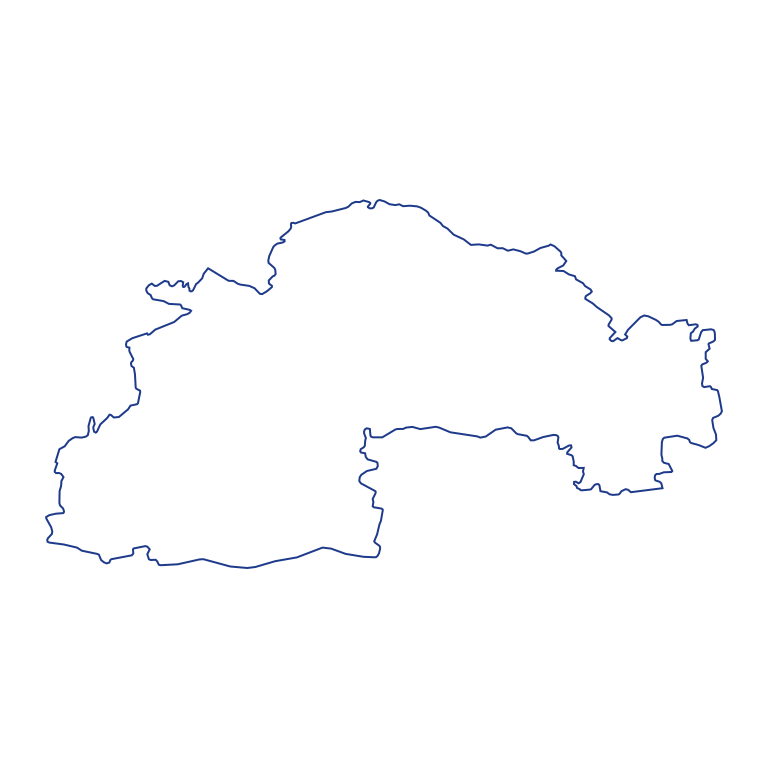 map outline of Dnipropetrovs'k (Robinson projection)
{"feature_id": "UKR-326", "entity_name": "Dnipropetrovs'k", "entity_type": "Region", "adm_level": 1, "iso_a3": "UKR", "parent_name": "Ukraine", "parent_adm1": "", "projection": "robinson", "projection_center": [35.02, 48.328], "detail": "fine", "context": "isolated", "style": "outline", "palette": "blue", "viewbox_px": 768, "rotation_deg": 0, "n_neighbors": 0, "source": "natural_earth", "source_scale": "10m", "svg_char_len": 6074}
<svg xmlns="http://www.w3.org/2000/svg" viewBox="0 0 768 768"><path d="M389.5,204.2L395.3,205.1L399.2,204.3L403.1,206.2L409.8,205.7L417.3,206.4L421.1,207.8L426.0,210.7L428.2,212.7L429.4,215.5L440.5,222.9L442.9,226.0L447.5,228.6L453.7,234.7L463.8,239.4L470.9,244.9L478.8,244.4L487.5,245.6L490.8,244.7L497.6,248.3L502.7,248.2L507.9,250.7L513.3,249.4L520.4,251.2L525.6,253.5L527.5,253.6L534.1,251.5L540.4,248.0L548.6,245.7L550.6,244.5L554.4,246.2L560.5,251.6L561.3,253.0L561.3,255.4L566.3,261.0L563.2,265.5L558.2,268.0L556.3,269.5L556.1,270.7L563.5,271.0L568.9,274.4L574.9,276.2L576.1,279.4L583.0,283.2L585.0,286.0L590.6,289.5L591.8,291.6L590.1,293.4L586.1,295.9L585.3,297.4L585.4,298.9L592.7,303.4L596.8,307.0L609.0,315.4L611.6,318.2L611.6,319.6L608.6,324.6L608.5,326.0L615.4,332.0L609.7,338.2L609.7,339.4L611.5,341.0L613.1,341.2L617.5,338.1L621.3,340.3L622.6,340.3L626.9,338.1L627.3,336.5L625.1,334.5L628.1,329.7L640.4,317.3L644.2,315.5L648.3,316.3L655.9,319.9L658.6,321.7L661.2,324.6L662.4,325.0L670.5,324.8L672.2,324.3L676.7,321.0L686.6,320.0L687.5,323.6L688.8,325.2L695.7,324.3L697.2,324.8L697.7,325.3L697.6,326.6L694.8,328.6L693.0,331.6L690.8,333.3L690.4,338.6L691.2,340.8L697.3,340.3L698.7,339.6L701.1,332.2L702.7,330.2L711.0,329.3L713.6,330.0L714.6,331.9L714.9,334.2L715.0,339.8L713.5,341.4L708.8,343.5L708.5,344.2L709.6,348.7L705.7,352.2L705.7,358.8L707.8,361.3L706.3,362.8L702.3,364.4L701.3,365.8L703.1,377.8L702.0,383.5L702.4,386.0L704.1,387.1L709.9,386.2L711.0,387.1L711.8,389.0L717.2,390.1L718.0,391.3L719.5,397.9L721.9,411.3L720.6,413.7L718.2,415.8L713.1,417.9L712.2,420.0L713.4,427.8L716.0,434.6L716.3,440.2L713.5,443.1L709.3,446.1L705.5,447.8L698.5,445.0L691.1,443.0L689.9,442.0L689.2,439.9L687.3,438.4L677.3,435.7L664.3,437.7L662.8,439.0L661.9,442.2L661.4,454.7L662.3,458.6L662.3,461.0L664.0,462.8L668.7,464.0L672.3,471.0L671.4,472.0L663.8,472.3L659.3,473.9L656.5,474.0L655.2,475.1L654.7,477.2L655.0,479.8L655.7,480.5L659.7,481.8L661.3,483.3L662.5,488.2L630.9,492.2L628.1,489.8L625.6,489.2L621.4,491.2L619.5,493.9L618.3,494.5L612.8,494.9L609.6,494.3L607.0,492.4L600.5,491.2L599.4,485.3L598.5,484.2L596.8,484.1L594.7,484.8L591.1,489.2L589.8,489.6L582.0,490.3L580.5,490.1L579.6,489.1L577.1,488.0L576.5,486.1L574.0,484.1L574.1,481.9L575.8,481.7L578.6,483.3L580.5,482.0L583.8,474.2L583.0,471.4L583.7,467.9L578.5,468.0L576.0,466.0L573.7,465.2L573.7,461.4L572.6,456.2L571.4,455.2L567.1,453.8L567.3,452.3L571.5,447.5L571.1,445.4L569.0,445.5L562.7,448.9L559.9,449.0L559.1,448.5L558.7,445.4L557.6,442.7L558.4,437.4L557.8,436.0L556.4,435.2L553.5,434.9L543.3,437.0L534.1,440.3L530.7,440.3L528.1,436.8L526.8,435.8L517.6,434.1L516.1,433.2L511.3,428.3L507.6,427.4L495.6,429.7L485.8,436.5L480.3,437.6L477.3,436.4L450.4,432.3L439.2,427.6L435.7,426.8L420.3,429.1L412.4,426.9L406.0,427.6L403.3,428.9L397.1,429.0L395.2,429.6L382.4,437.3L372.7,437.3L371.0,436.6L370.4,435.3L369.9,429.0L366.7,428.3L364.9,429.4L364.1,431.3L364.1,433.4L365.9,438.1L365.2,440.6L364.8,445.8L363.9,447.2L360.7,449.2L360.2,451.4L361.0,452.5L365.1,453.3L365.8,457.0L367.7,459.4L376.5,461.9L377.5,463.0L377.8,466.1L376.3,468.8L366.9,471.0L361.3,474.8L359.7,477.3L359.3,481.1L361.0,483.4L375.3,491.1L375.7,491.9L375.5,493.3L372.7,499.0L373.4,502.0L372.7,506.3L373.9,507.3L381.1,508.5L382.6,509.3L382.8,510.1L380.9,520.9L379.5,524.3L377.1,534.3L374.2,541.4L375.0,542.6L379.4,545.8L380.1,547.1L380.1,548.7L379.0,553.3L377.7,555.7L376.2,557.1L374.7,557.3L363.4,556.8L345.7,553.9L331.1,548.6L322.5,547.6L296.9,557.4L275.2,561.2L255.3,567.0L247.3,568.0L230.3,566.5L203.4,559.2L199.6,559.4L177.7,564.3L160.9,565.2L158.9,564.8L157.2,561.4L155.7,559.8L150.6,560.0L148.9,559.2L147.3,554.2L149.7,549.4L147.4,546.7L145.3,546.1L133.5,548.5L133.0,549.7L133.3,553.5L131.9,555.3L111.3,559.2L110.2,560.2L109.4,562.5L106.7,563.4L103.9,562.3L101.1,560.0L98.9,554.7L97.2,553.9L81.8,550.7L77.0,547.6L63.9,544.5L49.5,542.6L47.6,541.8L47.2,540.1L47.8,538.4L51.9,533.9L52.3,531.6L51.2,527.3L46.3,518.5L46.1,517.1L49.2,515.2L55.7,513.7L63.2,513.1L63.8,512.5L64.0,511.3L63.1,508.5L60.0,505.4L59.4,503.0L59.6,491.1L61.1,486.0L61.4,481.1L63.5,477.1L61.2,473.9L58.9,473.0L56.1,473.1L54.8,472.0L54.7,470.7L57.3,463.3L55.5,461.9L59.4,449.2L64.7,446.3L68.7,440.9L72.7,438.1L75.3,437.1L81.7,437.6L85.9,436.6L87.8,435.2L88.8,430.9L88.5,426.1L90.7,418.0L91.3,417.3L92.7,417.1L93.4,418.2L94.7,424.0L93.3,427.1L93.4,428.7L94.1,431.7L95.8,432.6L97.0,431.6L100.3,424.4L107.3,417.9L109.5,414.7L111.0,415.0L113.8,417.5L118.9,417.0L128.1,409.3L130.5,405.6L137.0,404.2L137.9,403.4L140.2,392.3L140.1,390.7L136.3,388.7L135.7,387.7L135.0,374.6L133.9,367.8L131.5,366.0L131.0,363.7L131.2,362.4L132.9,360.6L133.3,359.1L129.7,352.0L129.3,350.6L129.4,347.6L126.9,347.1L126.3,346.2L126.0,344.3L126.7,341.6L132.3,338.2L147.0,333.4L147.8,334.7L149.8,334.3L155.3,329.6L174.2,322.0L181.7,315.7L187.4,314.1L189.7,312.7L191.1,310.8L189.9,309.9L182.3,308.2L181.1,305.5L180.1,304.5L169.0,303.9L163.6,301.1L153.2,299.3L152.0,298.3L150.6,295.0L147.7,293.2L146.3,290.6L146.3,288.5L148.8,285.3L151.8,283.6L154.7,285.9L156.8,285.9L164.6,280.9L168.3,281.8L169.7,285.3L172.1,286.3L174.2,285.4L178.2,281.3L180.9,281.0L183.2,282.2L182.7,285.8L183.3,287.0L184.5,286.8L186.5,284.1L188.0,283.3L188.5,287.1L189.4,288.6L189.5,290.7L190.9,291.4L192.0,291.2L193.2,290.0L196.2,283.9L197.6,283.1L202.2,278.3L203.7,273.8L208.1,268.3L228.6,280.8L233.5,280.9L237.5,283.6L240.4,284.6L249.3,285.9L254.5,288.2L259.9,293.8L262.2,294.1L267.0,291.2L271.8,287.2L272.0,285.9L268.9,283.5L268.8,280.4L272.7,276.4L274.5,275.6L275.6,274.0L275.3,270.0L274.4,268.0L268.6,262.9L268.3,260.6L269.2,256.2L273.2,247.2L274.4,245.7L277.3,243.6L282.7,242.5L284.6,241.4L284.5,240.0L280.8,239.4L280.4,238.3L280.6,237.6L288.4,231.3L290.6,228.7L291.2,227.1L290.9,224.0L291.5,223.0L293.4,222.8L295.3,223.4L325.8,212.2L331.8,211.5L345.7,208.0L348.4,206.7L351.8,203.4L355.5,201.9L359.8,202.1L363.4,200.5L369.2,202.1L370.3,203.1L370.2,203.8L367.9,206.5L367.9,207.2L369.6,208.3L371.7,208.4L373.7,207.5L376.2,202.2L377.5,200.8L379.6,200.0L384.4,201.4L389.5,204.2Z" fill="none" stroke="#1e3a8a" stroke-width="2"/></svg>